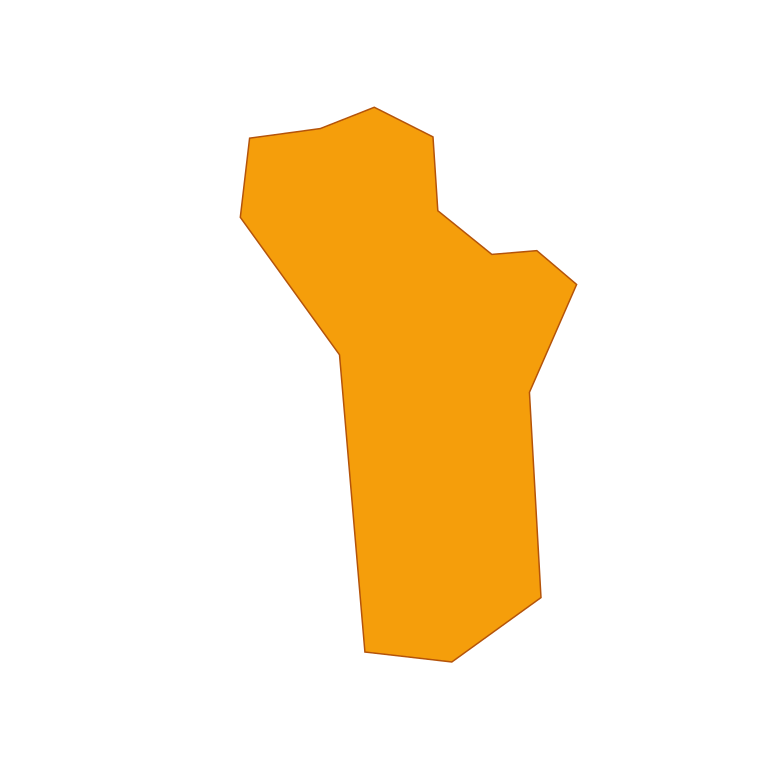 an SVG outline of San Giljan, rotated 125°
{"feature_id": "MLT-5935", "entity_name": "San Giljan", "entity_type": "state/province", "adm_level": 1, "iso_a3": "MLT", "parent_name": "Malta", "parent_adm1": "", "projection": "robinson", "projection_center": [14.492, 35.918], "detail": "fine", "context": "isolated", "style": "filled", "palette": "amber", "viewbox_px": 768, "rotation_deg": 125, "n_neighbors": 0, "source": "natural_earth", "source_scale": "10m", "svg_char_len": 351}
<svg xmlns="http://www.w3.org/2000/svg" viewBox="0 0 768 768"><g transform="rotate(125 384 384)"><path d="M468.9,132.9L572.8,169.0L614.5,245.9L385.6,437.2L329.9,597.3L259.7,635.1L211.3,582.7L162.9,550.7L153.5,485.6L211.2,439.3L216.0,370.0L187.1,335.3L192.0,283.3L307.4,260.1L468.9,132.9Z" fill="#f59e0b" stroke="#b45309" stroke-width="1.5"/></g></svg>